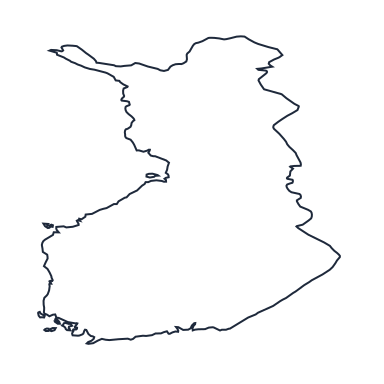 SVG path tracing the border of Finland, rotated 4°
{"feature_id": "FIN", "entity_name": "Finland", "entity_type": "country or territory", "adm_level": 0, "iso_a3": "FIN", "parent_name": "Europe", "parent_adm1": "", "projection": "equal_earth", "projection_center": [24.864, 64.94], "detail": "fine", "context": "isolated", "style": "outline", "palette": "slate", "viewbox_px": 384, "rotation_deg": 4, "n_neighbors": 0, "source": "natural_earth", "source_scale": "50m", "svg_char_len": 5861}
<svg xmlns="http://www.w3.org/2000/svg" viewBox="0 0 384 384"><g transform="rotate(4 192 192)"><path d="M133.9,154.4L131.0,148.9L129.5,146.7L127.1,144.1L122.8,142.8L122.0,142.1L121.4,140.9L121.3,139.4L120.8,137.1L121.0,135.2L121.6,134.1L123.4,133.4L126.1,131.3L126.7,129.7L126.9,127.4L128.2,125.4L129.5,124.4L129.2,123.5L128.3,122.4L126.3,120.7L123.3,118.7L121.1,116.8L120.1,115.0L119.7,113.4L119.8,111.9L120.6,111.0L123.5,109.7L123.8,109.2L122.8,106.5L120.8,106.0L115.5,105.7L115.2,105.4L115.1,104.8L115.5,103.7L117.5,101.6L117.6,100.9L116.5,98.6L116.2,95.7L116.6,93.5L120.2,91.8L120.4,91.2L115.9,89.4L112.7,87.4L111.8,86.2L108.1,86.0L105.9,82.6L99.4,79.5L97.4,78.9L86.2,76.8L81.7,76.4L76.4,75.2L72.5,73.7L69.1,72.8L66.3,71.6L62.3,70.5L61.1,69.6L56.8,67.8L54.8,66.7L47.8,64.5L47.6,63.7L47.6,62.9L47.3,62.5L40.0,60.9L41.5,60.1L47.2,60.0L51.9,60.8L52.9,60.5L53.6,59.7L51.7,56.9L52.1,56.1L54.2,55.2L57.5,54.5L62.7,54.4L66.2,54.5L67.0,54.6L72.2,57.7L76.6,60.8L79.0,62.2L84.8,65.9L87.0,68.1L87.7,69.7L90.1,69.7L105.4,71.0L107.3,71.8L112.1,71.7L115.9,70.9L122.5,69.9L126.4,67.3L130.3,67.5L139.2,69.9L149.2,71.6L151.9,72.8L155.6,73.2L159.5,71.9L161.8,68.4L163.9,66.9L166.7,65.7L170.1,65.2L172.6,65.1L174.5,64.2L177.2,62.2L177.7,59.9L177.1,55.6L177.6,54.2L179.8,52.0L182.7,46.0L184.0,44.2L185.6,43.2L187.8,42.6L191.9,40.8L197.6,37.2L199.1,36.9L203.3,36.7L208.4,36.9L213.0,37.5L213.5,37.5L215.6,37.1L219.3,36.0L225.7,33.9L229.9,33.3L233.6,33.3L237.9,35.7L243.8,38.4L247.7,39.7L258.1,42.1L267.2,43.7L272.6,49.1L270.1,51.2L268.9,52.0L264.6,54.1L259.9,57.1L259.6,58.7L261.3,60.3L263.3,61.4L252.7,63.9L248.6,64.6L249.7,65.5L256.5,65.7L257.6,65.9L258.3,66.4L258.5,67.1L257.9,68.3L250.8,74.8L250.6,76.1L253.1,80.0L256.7,84.5L274.6,88.2L279.7,91.9L288.0,96.9L292.4,98.8L292.6,99.4L291.5,102.9L286.5,106.4L281.8,109.3L277.0,112.9L273.1,116.0L269.0,119.6L268.6,120.8L268.6,122.0L269.3,123.2L275.0,127.8L279.9,132.6L282.3,135.3L283.7,137.8L286.0,140.2L289.8,143.2L292.7,145.8L293.7,147.9L298.2,155.0L298.7,156.8L298.6,158.2L296.8,158.5L292.7,158.8L288.4,159.6L288.1,159.9L291.1,161.7L288.7,164.6L288.5,168.8L285.9,171.0L285.7,171.5L285.8,171.9L286.3,172.2L291.4,172.8L291.8,173.4L291.9,174.7L291.5,175.8L289.0,176.7L286.4,177.9L285.8,179.1L286.0,180.2L287.0,181.9L288.9,184.0L291.2,185.3L299.4,186.5L300.5,187.5L301.0,188.9L300.9,190.3L297.2,193.0L297.3,194.0L299.0,196.6L301.0,199.0L309.1,201.7L311.9,203.1L312.7,204.3L313.2,206.2L313.2,208.2L312.7,210.0L310.3,212.3L304.7,216.9L299.0,218.7L298.6,219.1L300.5,220.6L311.1,226.5L327.3,233.1L333.3,236.1L335.3,238.3L338.0,240.7L341.0,242.7L343.1,244.4L344.0,245.5L344.0,246.7L341.4,250.2L340.0,253.0L337.5,257.1L334.8,260.0L327.9,265.2L317.6,271.7L315.2,273.7L310.4,277.1L302.2,284.1L300.0,285.6L293.2,291.2L290.1,293.0L287.6,294.7L280.9,300.0L266.3,307.8L264.1,309.7L256.8,313.3L239.3,325.7L238.3,325.8L235.6,327.0L231.4,327.3L229.6,328.2L223.1,325.6L222.0,325.5L218.2,326.1L214.6,327.9L207.9,328.5L204.6,329.1L202.4,330.0L202.0,327.9L202.9,325.4L204.3,323.7L204.4,322.5L203.4,322.7L201.2,325.2L200.1,328.1L197.8,329.6L192.8,330.2L187.8,327.8L185.5,327.8L187.0,329.5L188.0,331.4L187.9,332.4L185.2,332.3L182.3,333.4L179.7,335.0L178.5,335.0L176.7,332.7L173.6,333.8L170.9,335.2L165.4,335.7L162.1,337.6L156.3,338.8L153.1,338.8L145.8,340.3L143.4,342.7L141.2,343.6L138.2,342.8L128.9,344.0L119.9,345.5L116.1,345.4L112.3,344.8L108.3,346.9L104.0,349.7L99.2,350.7L97.6,350.4L98.9,348.9L102.1,347.4L104.2,345.3L104.6,343.6L103.1,342.9L101.1,342.7L98.6,340.9L96.2,337.0L94.9,336.8L94.3,337.8L93.5,340.8L92.7,341.6L89.8,343.0L88.3,343.3L82.9,343.3L82.3,341.8L82.3,341.2L83.3,339.2L82.4,338.8L83.3,337.3L84.5,337.4L86.0,337.2L86.8,336.4L86.8,335.4L84.7,335.2L84.6,334.5L86.5,331.8L86.8,331.1L86.0,330.9L84.9,331.2L77.2,330.4L67.8,326.9L65.5,326.8L64.1,323.7L61.8,324.1L58.4,325.9L56.0,324.5L53.3,323.6L52.6,322.2L52.7,320.2L52.6,317.7L51.9,314.9L51.5,310.9L52.1,307.8L54.3,305.4L55.2,304.0L56.3,300.2L56.6,295.8L56.1,294.3L56.3,293.3L58.0,293.3L57.6,292.5L56.9,292.0L56.1,291.0L56.8,290.5L58.8,290.5L59.2,289.7L57.8,287.1L57.6,285.9L55.6,282.3L53.2,278.8L49.5,276.3L51.0,272.2L52.6,268.5L52.4,266.7L51.9,264.6L47.4,262.2L46.8,258.9L45.9,255.3L46.3,253.1L47.1,251.4L48.7,249.8L56.3,244.5L56.9,241.8L61.9,241.6L59.6,239.2L59.1,237.8L59.1,236.3L66.4,235.2L69.1,236.1L75.5,235.0L81.2,232.8L81.1,231.7L80.3,230.6L79.1,228.7L80.0,228.1L82.0,228.5L81.1,227.6L81.3,226.5L83.6,227.0L87.3,224.1L87.5,221.9L93.8,220.8L101.2,216.3L104.6,215.0L107.9,214.0L114.9,209.5L117.8,209.3L119.4,206.4L125.3,202.4L127.1,201.9L129.9,198.4L137.1,194.3L141.7,189.2L144.2,187.3L145.0,185.4L147.7,185.2L150.3,183.8L155.7,182.8L161.1,183.1L163.3,183.7L165.4,183.5L165.2,181.8L163.7,180.7L164.9,179.7L167.7,178.9L167.4,177.2L166.8,176.1L164.5,174.7L165.6,171.6L165.9,168.3L167.0,164.4L164.0,162.3L152.8,158.9L150.8,159.0L148.3,158.5L145.7,155.9L146.9,153.6L147.0,152.8L146.0,152.8L144.3,153.9L140.8,155.2L136.2,154.2L133.9,154.4ZM74.8,331.4L78.4,332.2L80.0,331.9L81.7,333.8L78.7,334.9L78.5,336.4L79.6,337.2L80.0,338.5L77.0,338.5L75.6,337.5L75.0,336.1L73.7,335.1L71.8,334.3L72.7,333.4L73.3,331.9L74.8,331.4ZM153.1,179.5L148.9,180.5L145.5,179.8L145.5,177.8L147.6,176.9L151.3,176.5L156.5,177.5L157.3,178.0L154.3,178.4L153.1,179.5ZM49.8,235.1L50.1,235.7L51.7,235.5L54.0,234.4L55.6,234.9L55.4,236.5L54.3,236.4L54.0,236.2L52.6,237.1L52.3,237.6L50.7,238.0L47.8,236.4L46.0,233.9L50.4,233.9L49.9,234.5L49.8,235.1ZM53.7,325.9L53.2,327.5L51.3,327.4L49.2,327.7L47.7,326.1L46.9,323.4L47.2,322.8L48.5,322.2L49.4,323.7L53.7,325.9ZM69.4,332.6L67.3,332.8L64.3,331.0L64.0,330.4L65.1,330.0L64.4,328.6L64.7,328.0L67.0,329.1L68.2,330.4L66.9,330.6L69.0,332.0L69.4,332.6ZM64.5,339.4L61.6,340.6L60.5,340.3L60.8,338.3L62.6,337.4L65.5,337.3L64.5,339.4ZM58.5,340.6L55.9,340.9L54.3,339.9L55.0,339.1L56.8,338.3L58.7,338.4L59.1,339.4L58.5,340.6Z" fill="none" stroke="#1e293b" stroke-width="2"/></g></svg>